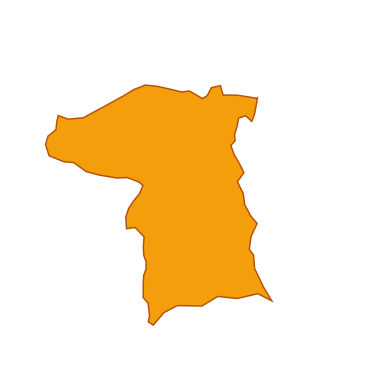 the district of Potamiou, Limassol, Cyprus, rotated 149°
{"feature_id": "46923920B54704702954379", "entity_name": "Potamiou", "entity_type": "district", "adm_level": 2, "iso_a3": "CYP", "parent_name": "Cyprus", "parent_adm1": "Limassol", "projection": "mercator", "projection_center": [32.807, 34.822], "detail": "fine", "context": "isolated", "style": "filled", "palette": "amber", "viewbox_px": 384, "rotation_deg": 149, "n_neighbors": 0, "source": "geoboundaries", "source_scale": "gbopen_adm2", "svg_char_len": 1142}
<svg xmlns="http://www.w3.org/2000/svg" viewBox="0 0 384 384"><g transform="rotate(149 192 192)"><path d="M179.7,57.6L179.7,73.7L177.8,94.0L171.7,106.2L172.5,113.3L164.3,123.4L152.4,131.5L154.0,141.0L153.4,153.9L148.9,164.3L147.8,177.5L137.6,181.8L137.0,187.0L136.7,194.8L136.7,202.3L134.7,211.9L128.7,213.7L126.0,219.2L119.1,225.5L114.0,231.3L106.7,229.7L104.4,221.8L98.2,226.6L90.9,234.9L87.6,238.9L88.0,238.8L103.1,251.5L115.4,259.1L112.9,268.6L121.7,271.4L129.3,266.7L134.9,266.7L142.2,279.9L149.4,283.1L160.1,293.6L167.4,300.5L177.1,307.8L188.8,309.7L202.3,309.7L224.4,310.6L247.0,311.6L260.6,318.2L267.3,326.4L271.9,321.6L276.5,315.5L286.7,314.0L293.2,308.0L295.8,296.6L286.3,284.0L278.4,278.3L272.1,263.9L262.8,254.3L249.3,242.8L240.2,237.8L232.4,228.0L230.7,222.9L237.9,217.6L246.7,214.4L255.0,210.4L261.7,204.6L267.0,194.2L259.0,190.8L256.2,178.3L262.4,169.4L266.0,162.4L267.2,156.0L271.0,149.7L276.5,145.2L281.0,138.6L284.6,132.5L288.2,126.7L286.9,119.3L292.0,108.0L296.4,103.2L293.8,97.9L278.2,103.1L263.1,102.2L242.3,89.2L223.7,89.2L208.2,77.5L187.9,70.9L179.7,57.6Z" fill="#f59e0b" stroke="#b45309" stroke-width="1.5"/></g></svg>